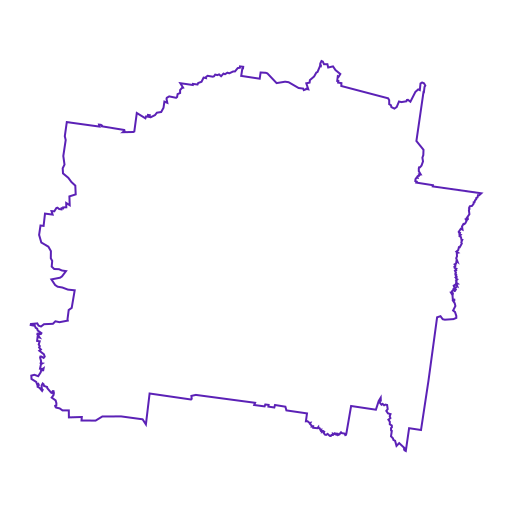 the district of Moorabool, Victoria, Australia
{"feature_id": "25037944B6902911043133", "entity_name": "Moorabool", "entity_type": "district", "adm_level": 2, "iso_a3": "AUS", "parent_name": "Australia", "parent_adm1": "Victoria", "projection": "albers", "projection_center": [144.318, -37.633], "detail": "fine", "context": "isolated", "style": "outline", "palette": "violet", "viewbox_px": 512, "rotation_deg": 0, "n_neighbors": 0, "source": "geoboundaries", "source_scale": "gbopen_adm2", "svg_char_len": 5884}
<svg xmlns="http://www.w3.org/2000/svg" viewBox="0 0 512 512"><path d="M30.7,325.0L33.1,325.5L33.4,324.0L34.1,324.2L35.7,327.8L37.2,328.7L37.7,330.5L41.4,333.1L41.0,333.9L39.2,334.4L39.0,333.6L37.5,333.6L37.3,334.2L39.6,337.5L37.6,336.8L37.1,340.9L39.7,341.3L38.7,344.5L39.8,346.1L39.1,347.5L40.9,349.5L39.3,350.7L43.9,354.3L44.7,356.6L43.6,357.9L41.3,356.5L40.4,356.5L40.1,357.6L41.1,361.3L40.7,363.1L42.3,363.4L41.0,364.2L40.0,368.7L42.6,369.0L43.6,368.3L43.2,370.3L41.1,370.4L40.7,372.3L38.2,376.2L34.4,374.8L31.3,375.6L31.5,379.0L36.2,381.9L37.2,384.6L38.3,383.9L38.8,385.0L37.6,385.9L37.6,386.8L39.5,387.8L42.1,390.9L42.7,389.8L41.8,388.8L41.6,385.5L42.7,383.5L43.6,384.3L44.0,385.9L47.1,387.0L47.4,388.3L51.2,392.7L51.9,393.0L52.7,391.1L53.5,391.1L53.9,393.0L53.5,395.1L51.7,397.6L55.6,400.4L56.4,403.2L56.3,405.5L55.2,405.8L55.3,406.6L56.1,407.6L59.7,408.4L62.5,410.4L68.8,410.4L68.9,417.4L81.8,417.0L81.5,420.5L95.6,420.6L102.3,416.5L121.1,416.4L142.6,419.3L145.9,424.4L149.6,393.5L191.0,399.5L191.7,398.8L191.4,395.9L195.8,394.9L255.1,402.8L254.2,405.0L264.6,406.4L265.3,404.5L268.6,404.9L268.4,406.6L274.3,407.5L275.0,405.0L285.4,406.7L286.4,410.4L307.0,413.4L305.9,421.3L307.5,421.2L309.6,423.0L310.5,422.8L310.0,423.9L311.7,425.7L311.6,426.6L313.2,426.3L313.2,427.8L317.4,428.2L318.3,427.1L318.4,428.1L319.6,428.2L320.8,430.7L321.3,430.2L321.3,431.0L322.5,431.0L322.3,431.7L323.2,431.2L324.2,431.7L323.7,433.0L324.9,434.6L326.1,434.9L327.6,433.9L329.8,435.9L330.8,436.0L331.4,435.0L332.8,435.0L332.8,433.7L333.5,434.1L334.7,433.3L335.2,433.8L334.7,434.1L336.8,434.8L337.8,434.4L337.2,433.7L338.3,433.8L338.4,433.2L338.3,434.9L339.3,434.5L339.7,435.2L339.4,434.2L341.0,432.3L341.7,433.1L344.6,433.6L345.3,435.1L346.0,434.8L346.4,433.3L351.1,406.0L375.9,409.7L378.7,401.0L380.7,397.7L380.8,400.7L379.5,401.2L380.1,403.1L381.5,404.7L382.6,403.9L384.1,405.3L385.4,404.6L387.1,405.0L387.7,409.1L386.3,410.9L388.0,413.4L390.5,414.1L389.7,416.2L390.4,418.1L388.4,419.7L389.8,421.7L389.8,424.3L391.8,425.5L391.9,427.2L391.0,428.1L391.1,430.5L391.8,430.9L391.0,436.3L393.0,438.4L393.4,439.9L395.1,440.8L396.5,445.9L399.2,443.1L404.3,447.9L404.0,449.0L404.5,450.3L405.8,451.0L409.1,428.2L421.0,430.0L428.4,381.2L437.1,317.3L440.5,316.2L442.7,319.2L444.8,319.7L453.5,319.1L456.3,317.9L456.3,315.9L455.0,312.0L453.1,310.5L455.4,306.0L454.7,303.2L453.1,300.9L454.3,300.5L454.3,299.6L452.8,299.4L452.5,295.2L451.5,293.5L452.8,294.0L452.9,293.3L451.5,291.9L453.6,289.4L454.5,291.0L455.0,290.9L455.8,289.5L454.1,288.6L455.9,287.4L454.2,287.0L453.7,285.7L455.5,284.5L457.0,285.6L456.3,283.9L457.6,283.7L456.2,282.6L456.5,281.6L456.0,280.9L457.3,279.4L456.1,278.7L456.5,277.5L455.7,277.2L456.5,276.3L455.5,274.9L456.1,274.5L455.4,273.4L455.9,272.6L455.0,270.8L456.1,270.3L455.7,269.6L456.4,268.8L454.6,267.8L454.4,266.7L455.3,266.2L455.4,265.0L454.7,264.3L456.1,263.5L456.5,260.9L457.5,261.7L456.2,258.2L457.0,256.3L456.8,253.0L458.0,252.7L456.4,251.6L458.2,250.1L458.9,247.2L459.7,247.3L461.8,243.5L461.3,242.3L462.2,240.0L461.5,240.0L461.0,237.2L459.6,236.1L460.7,234.9L459.5,234.5L460.0,232.9L459.0,232.7L458.7,231.9L460.8,228.8L462.5,229.6L462.0,226.5L463.5,223.9L464.4,224.1L465.4,223.1L466.5,220.9L466.0,219.8L466.9,220.0L467.9,219.1L467.7,218.0L466.6,218.2L469.4,214.2L468.9,210.1L469.5,208.9L469.0,208.1L469.8,206.3L472.0,205.9L473.6,203.8L473.7,202.3L474.5,202.2L475.0,200.4L476.2,199.2L476.2,198.1L477.5,197.4L478.0,195.2L479.1,195.3L481.3,193.3L432.7,186.4L432.9,185.2L416.3,182.6L416.7,181.6L415.3,181.1L415.5,179.1L416.6,177.6L417.6,177.8L417.3,176.8L418.1,175.8L419.7,175.9L418.8,175.5L419.5,175.1L419.2,174.4L420.7,174.4L418.8,171.2L418.8,168.3L419.1,167.3L420.0,167.3L421.5,165.6L423.0,161.4L422.4,157.7L423.3,155.1L423.5,149.8L416.4,141.0L423.5,92.0L423.9,92.1L424.5,87.0L425.3,85.6L424.0,83.3L422.1,82.5L420.5,83.5L419.8,90.1L418.2,89.4L415.4,91.9L410.4,101.7L407.9,99.8L406.9,100.0L406.4,101.3L401.4,102.1L399.0,101.5L396.7,107.0L394.4,108.6L391.4,107.1L390.9,105.2L389.2,104.2L389.2,100.2L388.1,98.3L341.3,86.0L341.4,83.1L338.1,82.6L338.3,81.0L337.2,80.9L337.8,76.3L338.6,76.8L340.3,74.0L335.5,70.1L333.0,66.4L328.2,67.5L327.4,64.2L324.0,64.2L322.8,61.6L321.5,61.0L320.3,63.5L320.1,65.4L320.9,65.5L320.8,66.3L320.0,66.1L317.5,72.0L316.3,72.6L314.1,76.5L309.9,80.1L309.6,82.6L306.3,83.3L308.3,89.3L307.0,89.0L306.1,87.9L306.5,89.1L303.8,90.1L303.2,88.6L298.6,88.0L288.6,82.2L285.1,81.7L276.6,83.1L267.4,73.4L265.8,72.8L260.6,72.5L259.7,78.7L241.2,75.9L242.3,68.8L243.0,68.5L243.2,66.8L240.0,66.4L239.9,67.7L237.7,68.1L235.0,71.4L233.1,71.5L229.3,73.3L227.4,72.7L225.0,74.2L223.5,73.6L221.1,76.2L219.1,74.4L217.4,75.1L215.2,74.6L214.0,76.3L212.8,76.7L207.6,75.8L205.7,77.3L205.9,78.1L203.6,77.6L201.5,81.8L198.2,83.0L197.5,84.5L192.9,83.9L192.8,85.0L180.3,83.2L183.1,87.7L181.9,88.0L180.1,90.1L180.1,93.0L177.6,94.1L177.1,97.0L176.1,97.8L169.2,96.4L166.8,97.8L166.5,98.9L167.3,102.8L164.4,101.6L163.5,107.8L161.2,112.0L156.9,112.7L155.0,115.1L150.6,117.3L149.5,117.0L149.8,115.2L148.0,114.9L147.8,116.7L146.1,116.4L145.4,118.3L136.8,113.0L134.3,131.5L133.3,132.0L122.9,132.2L124.5,130.8L124.3,130.0L101.8,126.3L101.9,125.5L100.8,124.8L99.0,124.6L99.5,126.6L66.8,122.1L64.8,136.2L65.7,140.0L63.3,156.0L64.5,164.6L62.7,168.3L63.0,173.4L68.3,177.8L71.4,182.0L75.3,185.6L75.7,194.4L69.4,196.4L69.7,205.2L66.2,203.0L66.3,207.3L63.2,207.4L63.1,208.4L61.6,208.2L61.5,209.4L59.1,209.0L57.5,207.7L56.4,208.0L54.3,211.3L51.5,211.1L52.6,214.6L45.0,213.6L43.6,225.9L40.5,225.5L39.1,234.9L41.3,242.5L48.4,246.7L50.9,251.1L50.8,258.3L52.2,260.9L51.7,266.6L54.2,269.0L59.0,269.2L61.9,270.5L66.0,271.1L62.0,276.4L60.1,277.7L51.4,279.4L55.1,285.0L57.6,286.7L62.3,287.5L67.9,289.6L74.7,290.3L71.7,307.9L68.7,310.0L67.5,319.3L67.8,320.6L59.5,322.2L55.4,321.3L52.9,323.8L44.0,324.2L41.0,326.5L38.5,325.6L37.3,323.4L30.9,324.0L30.7,325.0Z" fill="none" stroke="#5b21b6" stroke-width="2"/></svg>